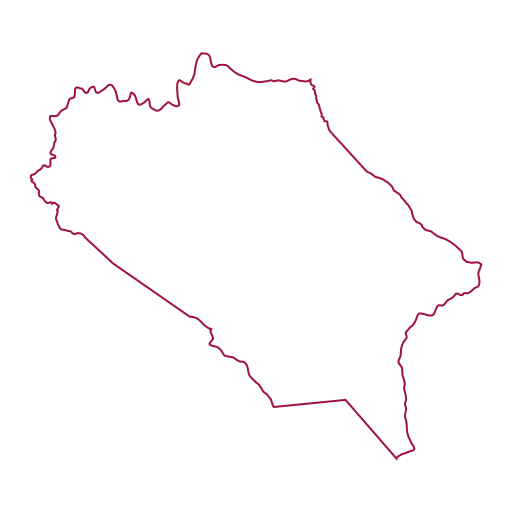 outline of Jocon, Yoro, Honduras
{"feature_id": "27666195B24666023972878", "entity_name": "Jocon", "entity_type": "district", "adm_level": 2, "iso_a3": "HND", "parent_name": "Honduras", "parent_adm1": "Yoro", "projection": "natural_earth1", "projection_center": [-86.974, 15.288], "detail": "fine", "context": "isolated", "style": "outline", "palette": "rose", "viewbox_px": 512, "rotation_deg": 0, "n_neighbors": 0, "source": "geoboundaries", "source_scale": "gbopen_adm2", "svg_char_len": 5852}
<svg xmlns="http://www.w3.org/2000/svg" viewBox="0 0 512 512"><path d="M481.3,264.4L479.0,262.9L477.5,262.3L471.4,262.8L468.0,262.0L466.6,261.9L463.6,259.1L462.9,258.3L462.7,257.3L462.3,253.7L461.5,251.3L455.6,245.8L451.4,242.5L445.6,239.1L441.0,237.6L437.7,236.2L436.1,235.3L430.9,231.3L426.5,230.2L424.4,229.1L422.5,227.0L422.1,226.2L421.9,225.2L421.5,224.7L419.2,223.0L416.6,222.1L413.7,218.7L412.2,213.8L412.0,212.0L411.8,211.2L410.5,208.7L408.7,205.8L408.0,204.8L406.6,203.5L403.9,200.0L401.7,197.8L400.1,194.8L398.2,193.3L394.1,190.7L393.3,189.3L392.2,186.9L391.0,185.4L387.4,182.1L385.6,181.2L383.9,179.9L379.7,177.9L375.3,177.0L371.6,173.8L367.6,172.0L365.7,170.4L330.8,132.1L329.0,129.6L328.0,126.1L327.6,125.5L327.6,123.1L327.2,121.5L326.8,121.3L325.0,121.3L324.6,121.1L324.2,120.3L323.4,119.3L323.5,118.2L323.4,117.4L321.6,116.5L321.5,115.7L321.7,114.8L321.7,114.0L320.7,111.8L318.9,105.0L318.5,104.1L317.7,103.4L317.1,102.6L316.7,99.9L316.2,99.1L316.2,96.0L315.3,94.1L314.8,90.7L314.5,90.0L313.1,88.9L314.2,87.2L314.4,86.5L314.0,86.1L312.1,85.2L311.1,84.2L310.4,82.2L310.5,79.6L307.9,81.1L305.5,81.5L300.1,80.8L298.1,80.2L295.7,79.0L293.5,78.7L291.0,79.1L286.6,81.3L285.4,81.6L283.4,81.4L278.4,80.3L273.6,81.3L271.5,80.2L266.3,81.3L261.0,82.0L258.3,82.1L255.5,81.5L252.0,80.5L245.5,77.2L240.0,75.1L237.4,73.9L233.9,71.6L230.0,68.3L227.7,66.0L226.3,65.2L223.5,64.8L220.0,64.9L218.4,65.2L215.0,67.1L213.9,67.0L213.0,66.7L212.3,66.0L211.2,63.2L210.2,57.9L209.6,56.3L209.0,55.3L208.2,54.5L206.2,53.7L201.5,53.3L200.4,54.5L197.8,58.5L196.8,60.9L195.6,66.0L194.8,70.5L194.7,72.8L194.5,73.9L192.7,78.7L189.4,84.4L188.4,84.7L186.0,83.4L183.5,82.7L179.7,80.2L179.0,80.4L178.2,81.5L177.6,82.7L177.3,84.0L177.1,87.9L177.6,96.4L178.3,99.9L178.9,101.6L179.3,104.1L179.1,104.9L178.8,105.4L177.7,106.1L176.4,106.2L175.5,106.1L171.9,104.5L169.6,102.6L168.1,102.2L167.1,102.9L165.1,104.9L162.9,106.8L161.7,108.3L160.0,109.8L158.1,110.7L157.0,110.7L155.8,110.5L151.8,108.3L150.4,106.8L149.9,105.5L149.5,101.3L148.8,99.6L148.4,99.1L147.1,99.6L144.5,102.3L141.5,104.2L139.7,104.7L138.4,104.3L137.8,103.6L137.0,102.0L135.7,97.4L134.9,95.5L133.4,93.8L132.4,93.0L131.7,92.6L131.1,92.8L130.8,93.4L130.3,95.6L129.5,98.2L128.6,99.6L127.7,100.4L126.4,101.0L123.3,100.9L121.6,101.5L119.6,101.5L118.5,100.8L117.5,99.5L117.0,96.6L115.7,91.5L114.5,89.0L112.8,86.2L111.8,85.3L110.7,84.9L109.3,84.9L108.1,85.4L104.0,89.3L101.9,90.5L99.5,92.3L97.9,92.9L97.0,92.7L96.1,92.3L94.9,89.6L94.4,87.5L94.0,86.9L93.4,86.7L92.0,87.0L90.6,87.8L89.3,89.1L88.4,91.3L87.9,91.9L87.8,92.4L87.3,92.7L86.2,92.9L85.5,92.7L84.7,92.1L82.8,89.5L81.9,88.6L80.6,88.5L77.9,87.5L76.0,87.7L75.4,88.5L75.0,89.8L74.8,94.3L74.6,95.6L74.1,96.4L74.2,97.2L73.6,97.7L70.3,98.6L69.5,99.2L69.1,100.0L67.0,106.9L66.6,108.0L62.8,109.8L61.6,110.6L59.6,112.7L58.1,115.1L57.5,115.5L55.4,116.2L51.1,115.9L50.5,116.1L50.1,116.6L49.9,119.6L51.2,122.2L52.7,124.9L54.8,129.6L55.4,131.6L55.5,133.1L55.1,134.6L55.0,135.9L55.6,138.1L55.8,139.6L55.4,140.9L54.2,143.1L54.1,144.8L53.3,147.9L51.0,151.0L50.6,152.3L50.5,153.4L50.8,154.1L53.9,155.2L54.8,155.7L55.3,156.6L55.3,157.5L54.7,157.9L51.8,158.4L50.7,158.8L50.4,160.2L50.5,164.4L50.2,165.6L49.6,166.4L48.7,166.8L47.5,167.0L44.8,165.4L44.0,165.3L43.4,165.4L42.9,165.9L42.3,167.3L40.4,169.4L40.0,169.8L38.7,170.3L37.5,171.2L34.9,173.8L33.4,174.5L31.6,175.0L31.0,175.7L30.7,177.0L30.9,178.1L32.3,179.4L32.2,179.9L31.4,180.7L31.5,181.1L32.0,181.7L33.3,182.4L34.6,183.8L35.3,185.2L35.4,187.0L38.1,189.7L39.1,191.1L39.2,191.9L38.8,192.7L38.8,193.6L39.2,195.4L39.8,196.5L40.6,197.0L41.9,197.4L42.6,197.9L43.4,198.7L44.7,200.9L47.0,203.0L48.7,202.9L50.8,202.1L51.7,203.0L52.1,203.8L53.6,202.7L54.3,202.8L55.7,203.3L56.5,204.3L58.8,206.0L58.9,206.5L58.6,207.3L57.6,208.7L57.1,209.7L57.1,210.3L57.7,210.8L57.6,211.9L55.9,218.3L56.6,220.7L58.5,225.4L59.7,227.7L60.6,229.0L62.0,229.6L65.0,229.9L67.4,230.9L70.7,231.3L72.6,233.3L74.4,234.2L75.3,234.1L76.7,233.3L77.7,233.1L80.8,233.5L82.0,234.1L83.7,235.4L85.5,237.8L113.1,263.5L189.5,316.5L190.8,316.9L193.1,317.0L196.4,318.1L198.9,319.7L201.9,322.6L204.2,325.1L205.3,326.0L208.5,328.2L209.7,328.7L211.2,328.9L211.2,329.2L210.5,330.8L210.4,331.5L212.8,337.1L213.0,338.9L212.5,339.7L209.9,342.8L209.5,343.8L209.7,344.6L211.2,345.5L216.1,346.7L218.4,347.7L221.2,350.4L223.7,354.6L224.4,355.4L225.1,355.9L233.2,357.4L235.1,358.6L237.1,360.2L238.5,361.0L240.3,361.6L241.9,361.6L243.3,361.8L244.3,362.3L245.2,362.9L246.4,364.5L247.3,366.5L247.8,368.5L248.5,372.7L249.1,374.5L249.8,375.9L251.2,377.6L256.1,382.5L258.8,384.5L261.3,388.1L263.5,391.9L266.9,394.4L268.3,396.0L270.9,399.5L272.5,404.3L273.7,407.0L345.5,399.9L396.6,458.7L396.8,457.8L397.7,456.7L401.7,454.3L406.3,452.8L409.3,451.5L413.1,450.4L413.8,449.8L414.4,448.6L413.4,445.9L411.4,443.2L409.9,439.6L408.5,437.0L407.3,432.8L406.8,428.3L406.7,424.7L406.3,421.3L405.0,416.8L405.2,413.8L406.1,409.9L406.2,408.8L405.9,407.2L405.1,405.0L405.0,403.8L405.4,402.0L406.1,400.4L406.2,399.5L405.7,395.1L404.2,389.0L404.2,387.5L404.7,384.5L404.7,383.0L404.4,381.3L402.6,375.6L401.9,367.6L398.7,362.8L398.5,362.0L398.7,360.3L400.6,355.7L401.0,349.4L402.0,345.4L403.4,342.3L405.2,339.7L406.3,338.4L406.6,337.8L406.6,336.3L405.7,333.5L405.8,332.4L406.4,331.5L410.1,327.4L412.0,325.9L413.6,324.1L415.6,320.7L417.9,314.6L418.8,313.6L420.1,313.4L424.3,314.1L427.4,315.1L429.0,315.4L431.0,315.6L432.4,315.3L433.2,314.7L434.1,313.6L436.8,307.1L437.7,305.8L439.1,305.2L442.3,305.6L443.5,305.0L444.7,304.0L447.2,300.6L448.3,299.9L451.6,298.2L452.9,297.3L453.6,296.7L454.9,294.9L455.9,293.9L456.6,293.6L457.5,293.7L458.4,293.9L460.2,294.9L462.3,295.2L463.7,293.5L464.2,293.1L466.9,293.3L468.9,292.8L472.0,290.5L474.9,287.9L477.3,286.9L478.1,286.4L479.0,284.9L479.5,282.2L479.4,280.4L478.4,274.7L478.4,272.8L478.7,271.5L480.1,268.2L481.3,264.4Z" fill="none" stroke="#9f1239" stroke-width="2"/></svg>